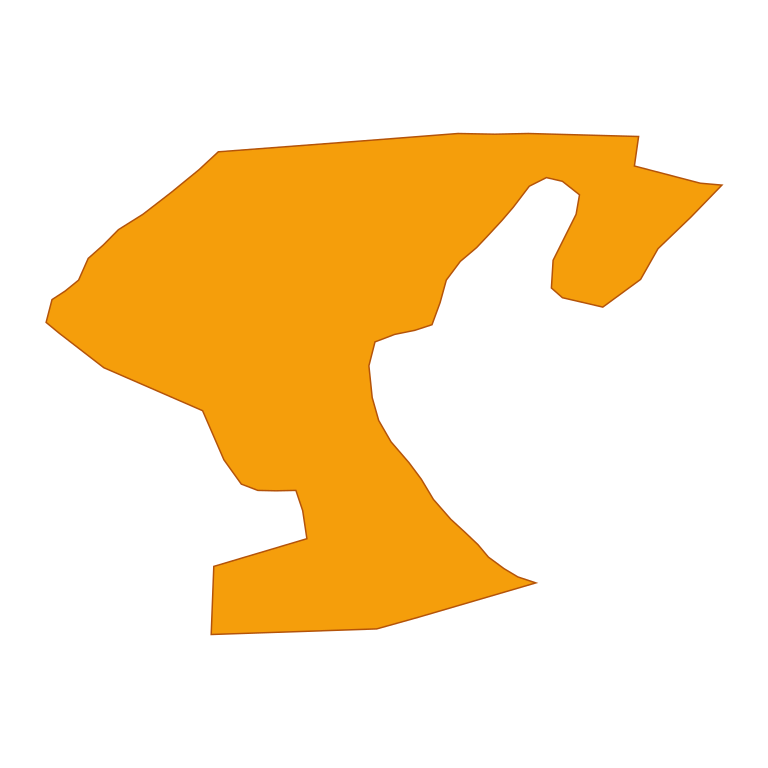 outline of Colinas, Rio Grande do Sul, Brazil, rotated 180°
{"feature_id": "56859067B64353341132274", "entity_name": "Colinas", "entity_type": "district", "adm_level": 2, "iso_a3": "BRA", "parent_name": "Brazil", "parent_adm1": "Rio Grande do Sul", "projection": "equal_earth", "projection_center": [-51.881, -29.385], "detail": "fine", "context": "isolated", "style": "filled", "palette": "amber", "viewbox_px": 768, "rotation_deg": 180, "n_neighbors": 0, "source": "geoboundaries", "source_scale": "gbopen_adm2", "svg_char_len": 1030}
<svg xmlns="http://www.w3.org/2000/svg" viewBox="0 0 768 768"><g transform="rotate(180 384 384)"><path d="M46.1,582.9L67.7,584.8L133.6,602.0L129.4,631.5L239.6,634.5L273.2,633.8L310.0,634.5L405.6,627.1L549.7,616.2L569.1,598.2L596.5,575.8L625.1,553.7L649.5,538.4L664.7,523.0L679.8,509.6L689.4,487.9L702.8,477.0L716.0,468.4L721.9,445.6L708.7,434.7L664.2,400.3L565.4,357.3L544.1,308.2L526.7,283.9L510.2,277.6L492.0,277.2L472.1,277.6L465.3,257.3L461.1,229.3L554.2,201.6L556.8,133.5L391.3,139.1L349.8,150.7L232.2,185.1L250.2,191.1L263.9,199.3L279.6,210.9L290.0,223.3L302.6,235.3L317.2,248.7L334.6,268.6L346.7,288.8L359.0,305.3L377.0,326.2L389.3,347.5L395.8,370.4L399.1,402.2L393.0,426.1L373.3,433.6L353.1,437.7L336.0,443.3L327.9,465.4L321.7,487.9L307.7,506.6L291.4,520.4L279.7,532.8L266.2,547.4L254.7,560.8L238.7,581.8L221.6,590.4L205.6,586.7L188.5,573.2L191.9,553.7L214.9,507.7L216.6,480.0L205.6,470.3L165.2,460.9L127.4,488.6L110.0,519.3L96.8,532.0L76.9,551.1L46.1,582.9Z" fill="#f59e0b" stroke="#b45309" stroke-width="1.5"/></g></svg>